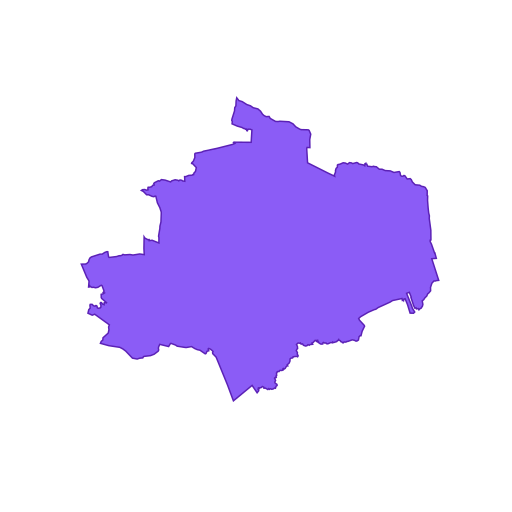 outline of Leleasca, Olt, Romania, rotated 54°
{"feature_id": "2599482B75677688782662", "entity_name": "Leleasca", "entity_type": "district", "adm_level": 2, "iso_a3": "ROU", "parent_name": "Romania", "parent_adm1": "Olt", "projection": "albers", "projection_center": [24.447, 44.768], "detail": "fine", "context": "isolated", "style": "filled", "palette": "violet", "viewbox_px": 512, "rotation_deg": 54, "n_neighbors": 0, "source": "geoboundaries", "source_scale": "gbopen_adm2", "svg_char_len": 6143}
<svg xmlns="http://www.w3.org/2000/svg" viewBox="0 0 512 512"><g transform="rotate(54 256 256)"><path d="M359.9,359.4L358.4,335.2L367.3,335.5L366.6,333.0L365.7,332.4L365.1,332.7L364.1,331.6L364.4,331.0L365.1,330.9L365.0,330.2L365.5,329.0L365.3,327.6L366.8,326.8L367.6,327.3L368.5,326.0L371.0,324.9L370.8,323.6L371.8,323.5L371.9,322.3L373.1,321.6L373.7,320.1L373.7,318.6L374.4,318.0L373.1,316.2L373.2,315.1L372.2,314.5L370.1,315.2L369.0,314.9L368.2,313.3L365.7,312.8L365.6,312.2L366.1,311.6L366.1,310.9L364.9,310.5L364.9,309.6L362.7,308.2L362.7,307.6L362.1,306.9L362.3,306.0L363.0,305.4L362.6,303.9L363.8,302.4L364.2,300.9L364.1,300.5L363.2,300.7L363.0,300.0L364.0,299.5L364.1,298.5L363.3,296.7L363.2,295.4L363.5,294.9L362.4,294.8L362.1,292.1L361.0,290.3L359.3,289.0L359.2,287.7L359.9,286.5L359.9,285.8L359.4,285.4L359.6,284.7L361.1,282.1L362.0,281.6L361.6,280.6L359.5,280.2L358.4,279.2L356.3,279.1L355.5,277.8L355.3,276.7L353.4,275.6L351.4,275.3L351.1,273.4L351.5,272.6L352.5,271.7L352.5,271.2L353.8,271.3L354.5,270.0L356.1,270.1L358.0,268.8L358.5,267.6L358.3,266.0L359.5,265.4L359.4,264.4L360.7,262.1L359.3,261.9L359.6,260.9L359.0,257.7L359.6,257.3L360.4,257.3L360.0,256.3L360.4,255.7L360.9,256.1L361.6,255.9L361.6,256.6L362.0,256.6L365.1,255.5L365.7,254.9L366.4,253.7L365.5,252.7L365.6,252.2L366.8,251.6L367.5,250.5L368.4,250.5L369.3,249.5L370.0,246.2L371.1,245.3L370.7,244.5L371.6,244.2L372.7,241.0L372.4,240.0L372.6,239.7L372.2,238.2L372.9,238.4L374.0,237.6L375.2,237.7L375.9,237.1L377.0,237.0L377.6,236.3L377.3,235.3L378.5,233.9L378.6,232.6L379.1,231.9L380.4,227.4L382.1,225.9L383.4,225.3L384.1,224.4L384.2,222.5L381.9,220.1L381.7,218.6L382.2,217.9L379.3,214.4L376.6,209.4L375.6,209.2L368.8,210.0L366.9,209.7L366.6,207.1L367.5,198.2L368.9,191.8L369.5,190.4L369.5,187.5L372.1,174.7L372.3,171.7L376.2,162.9L378.0,163.7L378.3,162.8L378.8,162.8L377.8,161.7L378.2,160.5L384.4,162.0L392.8,164.9L394.9,162.2L394.6,160.5L390.2,160.2L388.2,159.5L374.7,156.1L375.5,153.3L380.5,154.6L380.6,155.0L389.0,157.7L391.6,158.1L391.9,157.0L393.1,157.3L393.8,155.7L395.3,155.8L395.0,154.6L395.3,153.2L394.4,150.8L393.2,149.4L390.0,147.9L389.9,146.0L389.1,143.9L388.8,141.5L387.5,139.3L387.5,138.0L386.8,135.2L384.0,133.3L381.4,129.7L380.8,126.7L381.7,125.5L381.9,124.6L383.1,122.5L361.5,115.4L363.9,111.5L358.7,109.5L358.6,109.8L349.6,107.1L346.7,106.6L345.6,105.8L345.9,105.2L345.5,104.8L337.9,99.4L327.5,93.8L325.4,92.1L322.7,91.0L318.3,88.5L311.8,84.5L308.3,81.8L307.7,82.0L303.8,79.1L300.0,78.8L298.4,79.7L297.0,81.1L295.0,81.9L291.9,85.4L288.0,86.0L285.5,85.5L284.0,85.8L282.6,88.4L278.6,88.4L277.8,89.0L277.8,90.3L276.9,91.4L275.8,91.7L273.0,90.4L271.9,90.5L269.5,95.3L266.1,97.3L262.8,101.3L259.9,103.0L258.3,105.2L254.5,106.2L253.0,108.0L252.6,108.0L251.9,109.7L249.0,112.9L246.8,112.4L246.3,113.0L245.6,112.7L245.7,113.2L245.4,113.6L246.9,115.0L245.4,115.6L242.0,118.7L240.6,118.9L239.6,119.5L238.1,123.4L236.6,124.2L235.4,125.5L235.5,127.9L233.3,129.1L231.8,130.7L231.1,134.0L230.2,136.0L230.3,136.7L232.0,138.0L232.2,139.7L233.5,141.4L234.8,142.3L236.5,145.0L237.7,145.5L230.5,149.4L210.9,159.5L199.0,151.9L198.2,150.9L200.0,148.7L193.4,144.1L189.6,140.1L185.6,139.2L184.6,139.6L180.3,145.2L179.2,146.0L174.9,147.9L170.8,148.4L166.8,150.4L161.0,157.5L160.2,159.1L158.6,161.1L153.1,163.6L150.8,163.4L149.2,165.9L147.0,167.0L145.0,167.4L141.5,167.2L138.1,168.0L134.4,171.1L131.2,172.2L128.1,174.4L123.0,176.4L120.2,178.5L116.7,178.6L118.8,180.9L122.7,184.0L123.5,186.0L126.0,188.1L131.1,195.0L132.2,196.0L133.3,196.1L135.0,197.7L139.9,194.8L143.9,191.7L145.5,191.1L146.3,190.2L147.2,190.1L147.8,189.0L149.0,189.8L149.6,189.6L149.6,189.2L148.9,188.6L149.0,187.5L150.0,186.2L151.6,185.2L161.2,193.1L150.9,207.0L151.0,207.5L152.5,207.0L151.9,209.5L146.1,224.0L140.4,236.8L140.0,239.0L137.2,244.7L137.4,245.5L140.4,247.6L142.5,251.0L142.8,253.1L143.3,253.7L144.1,253.0L149.4,252.3L152.0,255.3L152.4,257.4L153.5,258.7L153.0,259.1L153.0,260.4L151.3,262.9L150.5,266.1L149.8,267.1L153.7,269.7L152.1,271.3L151.2,271.5L150.2,272.4L149.8,272.9L149.8,274.3L148.8,274.7L146.8,276.6L145.6,280.2L145.9,281.5L141.2,284.9L138.6,287.6L138.7,290.1L137.7,290.8L137.0,295.1L137.3,296.1L138.7,296.6L138.1,298.0L138.6,299.7L137.8,301.8L137.0,302.8L137.4,303.5L139.0,304.4L138.3,306.0L136.8,306.9L135.6,308.9L135.6,310.2L137.5,309.2L142.2,308.5L143.3,306.9L146.7,305.0L148.0,303.8L148.2,302.5L148.8,301.9L155.0,304.5L160.4,305.4L164.7,306.8L166.1,307.8L172.6,312.9L175.3,316.1L177.2,317.6L182.7,323.2L184.0,323.7L188.4,326.9L182.2,330.8L180.8,333.4L179.9,332.8L179.2,333.9L177.8,334.6L176.1,335.4L174.8,335.3L184.1,342.3L189.2,345.6L186.0,348.9L182.9,355.0L180.7,357.1L177.9,361.6L176.5,362.7L176.6,364.0L176.2,365.3L175.3,366.6L174.5,369.1L170.9,375.6L170.1,375.8L165.4,373.4L164.8,374.2L164.2,376.4L164.1,379.3L162.8,381.1L160.0,389.7L160.0,391.5L160.9,393.3L162.3,394.9L162.6,397.1L162.4,398.5L159.9,402.1L173.7,405.4L177.4,405.7L178.4,406.0L182.7,409.7L183.0,409.3L182.8,408.8L181.4,407.8L183.5,408.2L184.1,407.5L185.0,407.2L185.8,405.8L187.4,404.5L188.4,402.3L188.6,399.0L188.8,398.3L189.5,398.0L194.6,399.4L195.4,399.9L195.6,401.0L196.8,400.4L196.7,402.0L196.0,403.8L198.6,405.6L199.7,405.8L206.5,404.2L205.2,405.2L204.6,406.2L206.1,407.5L204.6,408.4L202.8,408.4L202.3,409.1L202.7,409.9L204.9,410.5L206.2,411.6L206.4,412.6L205.7,414.2L204.7,414.8L203.0,414.1L202.2,414.4L201.9,414.8L202.0,415.7L200.7,416.7L198.8,417.0L197.7,418.5L198.1,419.2L200.7,420.8L201.1,422.8L203.5,425.6L207.6,423.3L208.3,420.7L225.5,415.1L226.8,417.0L229.2,418.3L231.5,420.9L232.2,427.8L233.9,429.3L234.1,431.4L235.2,433.2L242.0,427.8L249.8,419.9L252.8,418.4L256.3,417.3L266.0,416.0L269.5,412.7L270.3,410.2L271.9,407.5L271.3,406.3L271.4,405.6L274.6,399.9L275.6,396.1L275.5,391.1L274.8,389.9L273.6,389.4L272.4,388.4L270.9,385.8L277.9,379.9L276.5,376.6L276.9,376.0L280.8,373.4L282.6,372.8L288.2,367.2L289.0,366.3L291.4,361.4L295.0,359.9L297.3,358.5L299.3,356.7L305.3,354.6L305.5,353.8L304.3,351.7L304.9,349.9L303.1,349.4L303.0,348.5L304.9,347.5L307.4,346.9L308.0,346.9L308.6,347.9L309.6,348.4L314.4,347.7L343.4,354.8L359.9,359.4Z" fill="#8b5cf6" stroke="#5b21b6" stroke-width="1.5"/></g></svg>